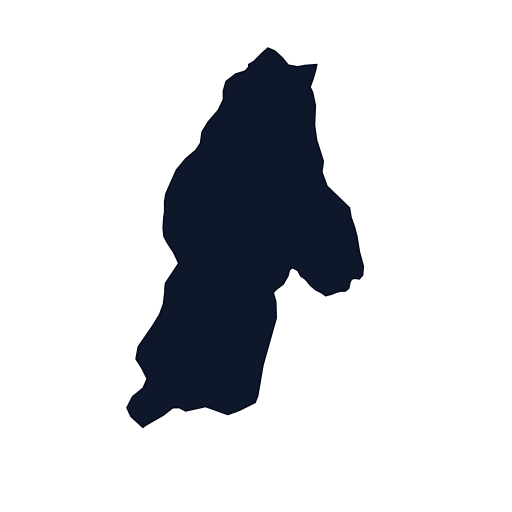 SVG path tracing the border of Gnagna, rotated 21°
{"feature_id": "BFA-2874", "entity_name": "Gnagna", "entity_type": "Province", "adm_level": 1, "iso_a3": "BFA", "parent_name": "Burkina Faso", "parent_adm1": "", "projection": "equal_earth", "projection_center": [0.073, 12.904], "detail": "fine", "context": "isolated", "style": "filled", "palette": "ink", "viewbox_px": 512, "rotation_deg": 21, "n_neighbors": 0, "source": "natural_earth", "source_scale": "10m", "svg_char_len": 1376}
<svg xmlns="http://www.w3.org/2000/svg" viewBox="0 0 512 512"><g transform="rotate(21 256 256)"><path d="M211.8,456.5L196.8,450.6L189.9,443.9L191.2,431.6L198.0,419.8L198.4,409.6L189.9,401.8L180.9,395.1L178.6,383.0L184.6,358.2L187.0,345.2L186.8,333.8L184.1,323.0L182.4,318.2L181.3,313.9L186.5,290.5L177.9,282.2L168.1,275.1L163.1,270.7L159.2,263.0L156.1,252.9L155.0,247.7L151.2,238.0L149.6,230.2L150.9,204.2L155.7,190.1L161.9,178.9L163.8,170.6L161.2,159.6L163.3,148.1L168.6,133.3L169.5,121.4L166.4,113.7L165.5,103.8L171.8,93.4L179.7,87.2L181.5,82.2L180.6,79.8L184.3,75.2L188.9,64.6L192.6,57.6L200.2,57.9L209.7,61.7L217.7,66.3L227.2,64.4L233.6,60.5L244.1,55.5L245.0,60.8L245.8,70.6L245.9,78.9L250.1,82.8L257.4,94.1L263.7,112.8L271.1,126.2L284.9,143.4L287.4,154.0L297.3,165.4L326.1,177.6L330.8,185.8L337.4,193.5L343.4,201.9L351.1,215.2L359.8,227.0L362.4,235.7L360.6,240.4L357.5,241.1L356.3,241.4L354.2,242.6L353.2,245.0L353.3,248.2L354.1,253.0L351.9,256.8L347.7,258.4L343.9,261.1L340.0,264.8L335.2,268.1L330.0,266.7L324.0,266.2L317.4,263.9L310.4,259.9L305.1,258.7L300.2,254.5L294.2,253.7L292.2,256.9L292.9,263.3L291.5,272.4L286.9,279.8L285.2,284.0L290.9,291.7L297.1,306.6L301.6,355.3L307.7,385.9L307.7,393.0L295.8,406.0L286.5,414.1L262.9,414.6L245.8,425.9L238.7,425.0L232.6,427.5L226.5,437.7L213.8,453.3L211.8,456.5Z" fill="#0f172a" stroke="#020617" stroke-width="1.5"/></g></svg>